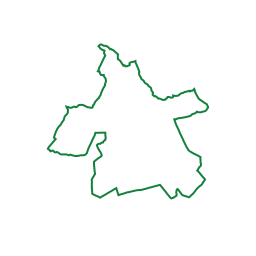 outline of Mogotio, Rift Valley, Kenya, rotated 67°
{"feature_id": "3690345B85271046016228", "entity_name": "Mogotio", "entity_type": "district", "adm_level": 2, "iso_a3": "KEN", "parent_name": "Kenya", "parent_adm1": "Rift Valley", "projection": "orthographic", "projection_center": [35.951, 0.165], "detail": "fine", "context": "isolated", "style": "outline", "palette": "green", "viewbox_px": 256, "rotation_deg": 67, "n_neighbors": 0, "source": "geoboundaries", "source_scale": "gbopen_adm2", "svg_char_len": 5793}
<svg xmlns="http://www.w3.org/2000/svg" viewBox="0 0 256 256"><g transform="rotate(67 128 128)"><path d="M50.3,111.3L49.9,112.0L48.8,112.6L48.4,113.8L47.6,113.9L46.5,114.4L45.7,114.7L44.8,115.2L44.5,115.8L43.8,116.2L43.4,117.0L42.9,118.1L42.2,118.7L41.5,119.2L41.2,119.3L40.6,120.1L40.4,121.3L40.8,122.2L41.2,123.2L42.2,122.8L43.2,122.6L44.3,122.2L46.3,120.9L46.9,120.0L47.7,119.4L49.3,120.8L49.9,120.7L51.5,120.8L52.6,120.7L53.4,121.9L56.8,125.8L59.0,128.2L59.7,129.0L60.4,129.9L60.9,130.8L61.7,131.2L62.4,131.8L63.1,132.3L64.0,133.6L64.6,133.1L64.9,132.2L67.2,132.5L68.6,132.1L69.6,130.0L69.8,129.6L70.5,130.0L74.1,129.3L75.0,129.7L75.9,129.8L77.1,130.6L78.2,131.6L78.8,132.2L79.8,132.4L80.2,133.2L81.1,134.1L81.5,135.0L82.6,136.2L83.2,136.8L83.7,137.4L84.4,138.1L85.0,138.8L86.0,139.6L87.0,140.4L87.6,141.4L88.1,142.2L89.0,142.8L89.2,144.1L89.9,145.4L90.3,146.4L90.9,147.7L91.6,148.6L93.0,150.1L93.6,151.5L94.8,152.1L95.3,153.4L94.4,155.0L93.8,155.8L93.2,156.9L92.3,157.8L91.4,158.5L90.5,159.4L89.5,160.1L89.0,160.8L88.6,161.6L88.2,162.5L87.9,163.2L87.7,164.2L88.0,165.1L88.1,165.4L88.5,166.4L88.5,167.9L87.6,168.7L87.2,169.5L87.2,170.3L87.2,171.2L87.2,172.4L86.6,173.6L85.7,174.4L85.2,175.1L85.0,175.7L84.3,176.3L85.4,176.5L86.2,176.2L87.5,176.1L88.4,176.4L90.1,177.3L91.0,178.1L91.6,179.3L92.1,180.5L92.6,181.7L93.5,182.5L94.6,183.3L95.6,184.1L95.9,184.6L96.5,185.7L97.2,186.8L98.1,187.9L98.5,188.6L99.0,189.2L99.3,190.2L100.2,192.0L100.5,192.4L101.3,193.6L102.1,194.5L103.4,196.0L104.4,196.8L105.1,197.6L106.0,198.3L107.0,199.2L107.9,199.9L109.9,198.9L114.7,208.5L115.9,209.9L116.8,209.4L117.5,208.8L118.3,208.7L119.2,208.5L119.3,207.6L119.2,206.7L119.3,206.2L120.3,205.4L121.3,205.2L121.9,204.6L122.3,203.9L122.3,202.9L123.3,201.9L124.5,201.2L125.9,200.3L126.6,199.0L127.0,197.9L127.4,196.9L127.7,196.2L128.2,195.2L128.5,194.8L130.0,193.1L130.1,191.2L130.9,190.6L131.7,189.5L132.5,188.5L133.2,187.6L133.6,186.5L134.0,185.4L134.4,183.9L134.5,182.7L135.3,180.5L135.7,179.8L135.8,179.1L135.9,178.7L135.9,178.3L135.9,177.6L135.8,177.3L135.3,176.2L135.0,175.6L134.5,175.2L134.0,174.8L131.5,172.5L129.6,170.5L127.6,168.1L123.7,163.9L122.6,162.6L121.8,161.6L119.7,159.9L121.6,155.1L122.5,152.9L123.4,150.7L126.4,151.9L128.2,152.2L128.7,152.6L129.1,153.1L130.2,153.6L130.2,154.6L130.6,155.3L131.0,156.1L131.6,156.6L131.2,157.5L131.3,158.5L131.7,159.7L131.1,161.0L131.2,162.5L131.7,163.4L134.5,163.5L137.6,163.2L139.8,162.7L142.3,162.7L143.3,163.1L143.7,164.4L144.3,167.4L145.2,170.9L145.8,172.5L147.4,173.2L149.5,173.9L151.9,174.7L155.4,175.8L157.5,176.3L158.2,177.5L159.0,178.4L159.9,179.8L160.4,180.4L161.1,181.3L161.8,181.7L163.1,182.2L164.1,182.5L167.2,184.0L169.3,184.6L169.8,185.1L170.4,185.1L172.7,185.9L174.6,186.6L177.9,183.9L179.6,182.1L181.2,181.0L180.9,179.1L180.7,177.2L180.5,175.2L180.2,173.1L179.7,169.6L179.6,168.4L179.4,166.9L179.2,165.7L179.0,164.4L178.8,162.3L183.5,162.8L186.1,163.0L186.2,161.2L186.4,159.6L186.6,157.9L186.8,156.2L186.9,153.9L187.4,152.2L187.7,150.2L188.3,146.5L188.8,144.2L189.1,143.0L190.1,140.5L190.3,139.0L190.9,135.0L191.1,133.4L191.2,132.4L191.4,131.2L191.9,127.5L192.4,124.0L192.8,120.8L195.3,120.0L198.4,119.2L201.3,118.3L203.5,117.8L206.3,116.9L208.4,116.4L209.8,115.6L209.8,114.5L209.9,113.6L209.7,112.6L209.5,111.1L209.2,109.8L208.3,109.3L207.4,109.0L206.2,108.8L205.2,108.2L204.1,107.4L203.7,106.9L203.5,106.3L204.5,105.8L205.5,105.6L207.1,105.2L208.4,104.9L209.2,104.7L210.7,104.4L212.0,103.1L214.9,99.7L215.6,98.9L215.4,97.9L214.8,96.5L213.7,93.4L213.0,92.1L212.3,90.9L211.3,89.2L210.4,87.3L209.9,85.7L209.5,85.0L209.5,84.6L209.3,83.6L209.1,82.6L207.6,80.4L207.0,79.4L205.5,77.2L204.0,77.6L202.2,78.3L197.0,79.8L195.0,80.5L194.3,80.9L193.8,79.9L193.0,79.2L192.5,78.5L191.8,77.4L191.5,76.2L190.9,75.6L190.7,75.4L190.3,75.2L189.6,74.8L188.4,74.8L186.4,74.0L185.5,73.6L184.6,73.5L183.9,73.1L183.2,72.6L181.4,73.9L179.8,75.2L178.9,76.0L177.9,76.9L176.3,78.2L173.6,80.2L171.9,81.1L170.5,81.2L167.9,81.6L164.5,81.7L161.7,81.9L159.4,81.9L157.1,82.0L152.4,82.2L149.6,82.1L146.5,82.3L143.4,82.4L138.1,82.0L138.5,80.8L138.7,79.8L138.6,78.7L138.8,77.5L139.2,76.2L139.7,74.5L139.9,73.0L140.1,72.6L140.3,71.7L140.5,70.6L140.6,69.4L140.9,68.5L141.1,67.3L141.2,66.0L141.1,65.3L140.8,64.5L140.4,63.7L140.4,62.8L140.5,62.3L140.6,61.7L140.7,60.9L140.5,59.6L139.9,58.1L140.8,57.4L141.4,56.2L141.9,55.1L142.1,54.0L142.2,52.9L142.6,50.6L142.6,50.3L142.5,49.8L142.2,49.2L142.0,48.7L141.2,47.6L140.7,47.0L140.6,46.4L140.0,46.1L139.0,46.1L137.2,46.2L136.4,46.4L135.7,47.1L133.6,48.5L129.5,51.0L128.5,51.5L127.4,51.6L124.8,51.9L122.6,52.1L121.0,52.2L119.3,51.8L117.9,51.8L118.1,52.3L118.7,53.2L118.8,54.3L118.2,56.0L118.5,56.8L117.6,57.3L117.6,58.3L117.5,59.3L117.2,60.7L116.9,61.8L117.1,62.5L117.2,63.4L117.0,64.6L116.9,65.7L117.1,66.7L117.3,67.7L117.5,68.1L117.8,68.8L117.6,69.8L117.4,70.8L117.1,71.5L116.8,72.3L116.2,73.2L115.7,73.7L116.2,74.0L116.6,74.2L116.9,74.3L117.3,74.9L117.2,75.7L116.9,76.6L116.0,77.4L115.4,78.3L115.2,79.1L115.0,79.5L115.8,80.4L115.9,81.8L116.5,82.6L115.8,84.9L114.9,85.8L113.1,87.6L112.7,88.7L111.9,88.8L111.2,89.3L110.7,89.4L109.8,90.1L109.1,90.7L109.0,91.5L107.9,91.8L107.2,92.3L106.1,91.9L105.6,91.3L105.0,91.2L104.8,91.2L104.0,91.4L102.7,91.8L101.6,91.5L100.5,91.2L99.6,91.4L98.7,91.9L97.8,92.4L96.8,92.9L95.9,92.9L94.9,93.5L94.0,94.1L93.4,94.6L92.5,94.9L91.6,95.1L90.6,95.1L89.7,95.6L88.6,96.3L87.7,96.6L86.6,96.4L85.4,96.6L84.0,96.9L82.8,96.6L81.5,96.4L80.8,95.6L78.9,95.5L77.1,95.4L72.6,95.4L70.6,95.5L69.3,95.0L69.3,95.6L69.2,96.7L68.9,98.0L68.7,99.3L68.7,100.9L69.4,101.6L70.6,101.7L70.8,102.9L70.8,103.8L70.8,104.8L70.4,105.7L70.2,106.4L69.1,106.6L68.6,107.1L68.8,107.9L67.3,108.2L66.2,108.4L63.2,108.9L61.7,109.7L60.8,110.2L60.5,110.4L57.2,109.0L56.4,108.4L50.3,111.3Z" fill="none" stroke="#15803d" stroke-width="2"/></g></svg>